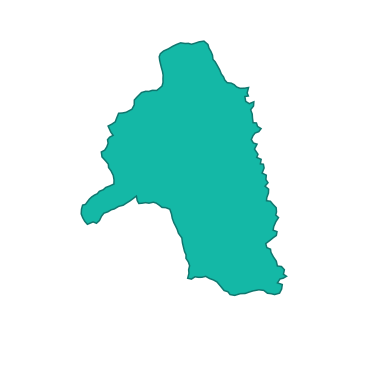 the district of Cedro do Abaeté, Minas Gerais, Brazil, rotated 146°
{"feature_id": "56859067B21922864166486", "entity_name": "Cedro do Abaeté", "entity_type": "district", "adm_level": 2, "iso_a3": "BRA", "parent_name": "Brazil", "parent_adm1": "Minas Gerais", "projection": "mercator", "projection_center": [-45.692, -19.108], "detail": "fine", "context": "isolated", "style": "filled", "palette": "teal", "viewbox_px": 384, "rotation_deg": 146, "n_neighbors": 0, "source": "geoboundaries", "source_scale": "gbopen_adm2", "svg_char_len": 2761}
<svg xmlns="http://www.w3.org/2000/svg" viewBox="0 0 384 384"><g transform="rotate(146 192 192)"><path d="M217.8,85.7L214.4,82.4L208.8,80.7L204.6,78.1L200.7,77.1L196.7,75.9L191.2,73.5L187.5,70.3L186.1,65.9L183.2,63.4L180.9,60.8L176.0,59.2L172.0,61.4L168.9,64.8L172.0,68.9L167.7,70.7L164.5,69.5L160.8,69.3L162.2,72.7L158.9,75.9L159.5,80.2L162.6,82.9L160.8,87.5L160.8,92.9L160.3,97.8L158.9,100.7L161.1,104.1L159.7,108.0L154.3,108.3L150.1,108.7L146.4,108.8L143.7,111.6L146.1,115.0L143.5,117.7L139.1,120.5L134.6,122.4L135.5,126.1L133.1,128.2L131.0,131.9L131.8,136.6L132.2,140.5L135.1,143.1L133.2,145.5L129.3,148.3L126.9,151.5L128.2,156.0L123.8,157.2L123.8,161.0L121.0,164.4L123.3,168.5L118.8,171.6L117.3,175.1L119.6,177.1L116.4,180.4L119.0,184.5L116.2,186.4L116.2,192.6L111.3,195.3L113.7,198.3L113.5,202.3L109.9,204.6L106.8,205.6L102.9,204.7L99.3,205.9L101.0,209.7L100.0,213.2L102.6,215.3L100.5,219.5L98.5,222.9L97.4,227.4L92.9,228.9L90.3,232.2L95.1,233.2L96.8,237.1L94.8,241.6L91.6,240.1L90.9,243.3L86.7,247.0L90.3,248.6L94.2,251.1L96.3,254.2L97.0,257.4L98.6,260.3L101.7,262.9L102.2,266.6L101.5,269.8L101.7,273.5L100.8,277.5L100.3,282.7L100.0,287.1L100.5,290.2L98.5,294.0L97.7,298.1L97.5,301.7L96.3,305.4L97.7,310.4L102.1,312.5L106.5,313.7L109.9,314.8L111.8,317.2L114.6,318.9L118.0,322.0L122.4,323.0L126.4,323.6L131.5,323.9L136.7,324.8L140.8,324.4L143.5,322.5L145.1,319.4L146.4,316.1L147.8,312.3L149.0,308.6L150.6,305.0L152.7,302.2L154.7,299.1L157.6,296.6L161.0,296.2L164.4,295.9L168.1,298.5L171.5,299.5L174.1,301.4L178.3,302.7L184.8,301.4L188.4,300.5L191.2,296.5L195.5,294.2L201.9,294.9L205.5,296.4L208.8,298.3L213.0,295.5L216.4,293.1L220.6,293.1L224.7,293.6L225.8,287.1L225.7,283.1L229.7,283.5L232.8,282.6L234.3,279.3L237.5,277.0L241.0,275.5L244.8,275.9L247.0,271.4L246.2,266.0L245.8,261.9L247.5,258.9L247.3,255.0L248.0,249.8L249.9,245.6L252.3,242.3L256.8,243.0L261.0,244.0L264.3,243.5L268.4,244.4L271.5,243.5L274.6,244.0L277.9,244.0L281.0,243.5L283.9,242.5L287.2,241.3L290.0,242.3L293.2,239.6L296.1,235.8L297.0,231.7L297.3,227.8L296.8,223.7L293.7,223.1L290.7,222.5L288.7,219.5L284.7,220.1L280.6,222.5L276.9,223.7L272.8,222.6L268.8,222.4L265.9,221.4L260.8,221.1L256.4,219.5L253.0,219.5L248.2,219.3L244.5,219.5L240.4,219.7L242.2,215.5L242.5,212.2L239.6,210.6L236.5,209.2L233.9,206.8L229.8,205.2L227.8,202.7L226.5,199.4L225.5,196.0L222.5,193.7L220.0,190.1L221.3,185.3L223.1,181.1L224.2,176.7L224.7,172.6L225.2,169.2L226.3,165.4L226.1,159.6L228.4,155.1L230.2,150.3L231.5,146.7L232.0,143.3L234.1,140.4L234.1,136.2L235.2,132.2L238.3,129.4L240.0,126.3L243.8,122.9L241.2,120.1L236.9,120.0L234.3,117.6L231.5,115.8L227.8,114.4L225.8,110.4L223.4,107.1L221.6,103.5L221.1,98.9L220.5,92.4L218.0,89.2L217.8,85.7Z" fill="#14b8a6" stroke="#0f766e" stroke-width="1.5"/></g></svg>